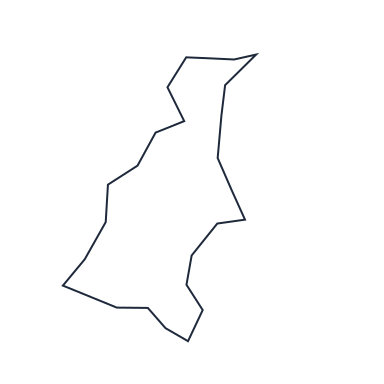 outline of Agios Georgios Soleas, Cyprus, rotated 34°
{"feature_id": "46923920B58040369726665", "entity_name": "Agios Georgios Soleas", "entity_type": "district", "adm_level": 2, "iso_a3": "CYP", "parent_name": "Cyprus", "parent_adm1": "", "projection": "robinson", "projection_center": [32.886, 35.117], "detail": "fine", "context": "isolated", "style": "outline", "palette": "slate", "viewbox_px": 384, "rotation_deg": 34, "n_neighbors": 0, "source": "geoboundaries", "source_scale": "gbopen_adm2", "svg_char_len": 471}
<svg xmlns="http://www.w3.org/2000/svg" viewBox="0 0 384 384"><g transform="rotate(34 192 192)"><path d="M111.9,83.6L113.1,118.9L145.9,137.6L128.6,163.1L132.1,200.6L118.2,232.9L137.3,265.2L140.7,307.7L137.3,341.8L194.3,329.9L220.2,312.8L246.2,319.7L272.1,317.9L266.9,283.9L239.3,272.0L227.2,244.8L230.6,204.0L251.4,185.3L223.7,168.2L194.3,149.5L173.6,112.1L159.7,84.9L168.3,42.2L152.8,58.6L129.6,72.7L111.9,83.6Z" fill="none" stroke="#1e293b" stroke-width="2"/></g></svg>